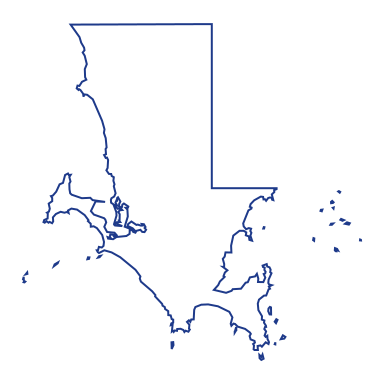 Lower Eyre Peninsula, South Australia, Australia (Mercator projection)
{"feature_id": "25037944B64122646541538", "entity_name": "Lower Eyre Peninsula", "entity_type": "district", "adm_level": 2, "iso_a3": "AUS", "parent_name": "Australia", "parent_adm1": "South Australia", "projection": "mercator", "projection_center": [135.614, -34.488], "detail": "fine", "context": "isolated", "style": "outline", "palette": "blue", "viewbox_px": 384, "rotation_deg": 0, "n_neighbors": 0, "source": "geoboundaries", "source_scale": "gbopen_adm2", "svg_char_len": 6018}
<svg xmlns="http://www.w3.org/2000/svg" viewBox="0 0 384 384"><path d="M70.6,24.6L79.5,37.1L81.2,42.7L84.1,47.7L84.5,50.3L82.7,52.5L84.7,55.7L86.8,64.1L84.8,69.1L85.1,77.2L86.3,79.7L82.0,81.8L79.4,85.9L77.5,85.6L76.7,88.4L78.5,89.9L79.0,89.2L80.4,90.0L83.1,93.7L83.5,96.7L84.4,94.4L87.2,94.8L92.8,99.3L102.1,120.8L104.5,129.3L103.9,132.9L105.7,138.1L106.6,147.5L105.6,149.0L106.0,154.2L104.1,155.0L105.7,157.9L107.0,157.6L108.1,160.0L107.6,168.0L106.4,170.3L108.9,173.9L111.2,174.0L111.7,176.0L113.8,177.2L113.4,180.8L114.5,184.3L113.8,186.2L115.6,193.3L114.2,196.5L111.4,198.3L110.9,200.0L111.1,202.7L113.4,204.3L116.3,212.1L116.5,215.6L114.0,224.2L115.0,225.5L122.3,226.1L117.6,224.2L117.6,222.9L115.8,223.6L116.8,222.2L120.2,222.0L118.9,220.3L119.6,220.0L119.7,214.2L118.3,211.9L119.9,210.3L122.3,210.0L120.6,208.2L117.8,208.8L114.6,205.5L115.3,204.5L117.0,205.3L115.5,202.5L116.7,199.8L117.1,201.7L117.1,198.1L118.0,197.3L120.4,201.5L119.1,204.0L119.3,207.0L121.9,207.1L122.4,204.6L123.9,203.5L128.3,206.5L127.9,207.7L125.7,207.8L127.4,209.6L127.8,216.5L124.7,226.7L135.1,230.8L132.7,228.3L127.6,225.9L128.1,224.1L131.4,221.5L136.4,224.9L137.8,224.6L140.9,225.6L143.6,225.5L141.5,225.2L142.6,224.8L142.0,224.0L143.9,224.2L145.5,227.0L144.6,228.0L146.1,229.7L144.5,232.1L142.2,231.9L140.4,229.8L136.5,230.8L135.4,232.7L133.2,231.9L132.5,230.3L129.7,230.1L129.6,233.9L126.4,236.0L116.5,237.0L113.1,239.2L108.1,238.6L107.6,237.1L110.9,238.2L109.8,236.7L110.3,234.5L114.3,234.9L113.7,236.0L114.7,237.2L116.0,235.4L117.3,235.9L114.5,232.7L107.1,232.0L104.3,226.8L106.2,222.4L105.3,219.6L104.1,218.2L93.9,214.6L90.9,211.1L95.6,201.4L105.1,201.9L92.6,200.1L90.3,197.8L81.8,198.2L71.7,194.7L70.2,193.3L69.5,189.4L69.3,183.6L70.5,181.5L69.3,177.0L70.7,174.8L68.8,175.0L68.0,173.5L65.1,175.0L63.0,182.9L59.6,184.3L56.2,191.7L52.8,195.6L51.0,196.1L52.2,198.0L52.2,201.2L48.7,203.6L49.8,208.7L48.9,211.6L47.0,212.7L47.8,213.3L47.6,218.5L44.2,220.0L43.5,222.1L44.7,222.7L46.6,221.2L48.5,222.7L49.6,221.9L52.1,223.2L53.2,221.4L52.9,217.4L55.9,214.0L60.6,211.8L64.4,212.7L67.0,212.0L68.6,213.0L68.0,210.5L71.4,208.6L77.1,209.6L84.7,215.1L88.5,220.2L87.9,221.1L90.7,223.7L90.8,226.7L93.7,226.3L96.9,228.1L102.2,235.0L104.0,241.9L103.5,245.9L101.8,247.5L98.9,246.9L98.0,250.2L96.8,250.3L97.8,252.1L99.0,253.0L104.3,250.3L111.6,252.4L120.2,257.2L135.5,269.8L140.4,276.4L139.8,278.6L140.9,281.6L152.2,291.3L155.4,295.1L155.1,296.4L162.2,304.0L162.5,305.6L164.8,307.1L165.1,309.0L168.2,311.1L168.3,315.1L170.7,315.4L171.7,319.1L173.2,319.6L173.2,322.5L171.3,323.4L170.8,325.2L172.6,324.6L171.9,331.4L172.8,330.6L173.7,331.9L174.6,330.5L177.0,330.8L177.2,329.0L180.6,328.8L183.4,330.0L184.4,332.0L185.6,330.7L188.4,331.7L189.8,329.5L189.0,328.7L189.4,324.8L187.0,321.9L188.9,320.3L190.3,321.9L191.2,319.5L193.7,319.4L194.2,309.8L195.4,307.0L201.3,304.7L208.2,304.4L218.0,306.3L229.3,311.8L232.4,317.4L230.7,323.8L231.4,325.8L233.5,323.6L235.1,324.0L237.7,326.6L245.1,328.9L249.9,332.5L250.8,333.9L249.6,336.0L250.6,339.4L254.5,340.9L254.9,342.6L253.1,344.0L254.0,345.5L253.6,349.3L254.5,350.0L257.9,350.0L257.6,346.0L260.5,345.4L261.9,346.7L265.7,342.3L268.5,344.0L269.0,342.2L267.5,339.0L267.3,335.8L265.7,336.9L264.6,335.6L266.1,331.4L264.3,329.0L265.1,326.9L266.1,326.9L265.9,325.6L264.0,322.7L264.4,320.5L261.8,319.6L262.0,316.2L258.4,310.1L257.8,303.6L259.0,299.6L264.0,295.6L266.2,295.5L268.6,289.3L270.0,288.7L268.9,286.6L271.8,285.2L269.1,284.5L268.3,283.0L268.6,279.7L271.5,273.2L270.2,272.2L270.6,269.6L269.5,267.3L267.2,266.5L266.7,264.1L262.6,265.6L263.0,267.0L264.7,267.6L264.4,270.0L265.6,271.7L265.2,273.4L263.7,274.0L265.3,277.6L263.3,282.1L258.0,282.0L258.3,278.6L256.9,273.8L255.1,276.4L249.9,277.4L247.8,282.2L245.6,282.7L241.0,288.7L232.7,289.2L231.6,290.8L226.1,292.8L213.9,289.9L218.2,285.1L219.9,281.5L224.6,276.9L223.5,276.1L224.9,272.5L227.4,270.3L222.9,266.9L224.1,267.0L224.2,264.0L222.8,258.9L224.7,256.6L225.5,252.4L231.4,252.5L231.1,245.7L233.3,235.6L239.5,230.8L243.7,230.8L246.3,232.4L245.8,235.3L248.9,236.4L249.4,239.9L252.1,240.7L250.4,235.6L251.4,232.8L250.3,231.0L251.1,228.7L248.8,228.1L246.1,229.2L243.7,226.4L243.2,223.4L248.4,210.4L251.4,208.6L251.6,207.6L249.8,206.8L250.6,204.1L254.2,200.3L260.8,196.6L263.1,196.9L263.5,199.4L264.9,199.2L266.1,200.8L268.2,198.0L269.9,197.5L271.8,197.8L272.1,199.7L273.3,200.1L271.8,194.4L274.3,192.1L274.1,190.2L276.6,189.1L276.6,188.2L211.8,188.2L211.8,24.1L70.6,24.6ZM268.2,311.1L269.6,314.4L271.1,314.5L271.0,307.4L269.9,306.9L268.5,308.5L268.2,311.1ZM259.4,354.9L259.6,358.2L261.3,359.9L263.6,358.7L262.5,354.5L261.4,356.9L259.4,354.9ZM280.8,339.2L284.3,338.6L285.4,336.9L282.9,335.3L280.8,339.2ZM171.5,342.3L171.7,349.0L173.5,345.1L173.2,342.1L171.5,342.3ZM345.0,223.8L348.9,224.6L349.8,223.2L347.0,222.3L345.0,223.8ZM276.3,319.2L274.7,321.7L276.0,323.2L277.5,319.9L276.3,319.2ZM338.0,250.5L337.1,248.9L335.0,248.1L334.8,250.3L335.6,251.2L336.5,251.3L336.5,249.9L338.0,250.5ZM53.9,266.2L57.7,263.3L58.1,262.3L54.6,264.4L53.9,266.2ZM331.1,203.2L332.9,203.0L333.6,202.3L332.2,200.9L331.0,201.9L331.1,203.2ZM340.4,219.8L342.5,220.8L344.0,220.1L341.1,218.9L340.4,219.8ZM87.4,259.2L89.0,258.9L89.4,257.4L88.0,257.3L87.4,259.2ZM314.1,240.8L314.3,238.4L313.5,238.1L313.1,240.1L314.1,240.8ZM320.5,210.9L321.8,211.3L322.4,209.6L320.9,209.8L320.5,210.9ZM27.4,273.9L27.2,272.4L25.6,274.4L27.4,273.9ZM236.3,330.1L234.7,331.4L234.7,332.7L236.3,330.1ZM23.7,276.8L23.0,279.3L23.8,280.0L23.7,276.8ZM330.4,224.8L331.9,224.8L333.2,223.5L331.0,223.7L330.4,224.8ZM98.0,257.6L99.6,257.2L100.8,255.8L99.0,256.2L98.0,257.6ZM338.2,191.5L339.7,192.7L340.2,191.9L338.9,191.1L338.2,191.5ZM275.4,342.3L274.7,344.2L275.3,344.4L275.4,342.3ZM23.6,282.2L24.5,282.4L25.3,281.6L24.2,281.1L23.6,282.2ZM235.4,329.6L236.3,329.8L236.3,327.9L235.9,327.9L235.4,329.6ZM264.4,227.2L263.8,227.1L263.3,228.5L264.1,228.5L264.4,227.2ZM332.8,207.8L333.5,208.6L333.7,207.5L332.8,207.8ZM360.0,240.4L361.0,240.5L360.9,239.8L360.1,239.5L360.0,240.4Z" fill="none" stroke="#1e3a8a" stroke-width="2"/></svg>